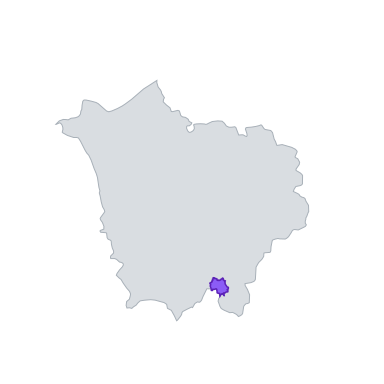 Krasnapolle, Mogilev, Belarus (highlighted), rotated 62°
{"feature_id": "67162791B52564132020414", "entity_name": "Krasnapolle", "entity_type": "district", "adm_level": 2, "iso_a3": "BLR", "parent_name": "Belarus", "parent_adm1": "Mogilev", "projection": "orthographic", "projection_center": [31.401, 53.272], "detail": "fine", "context": "in_parent", "style": "filled", "palette": "violet", "viewbox_px": 384, "rotation_deg": 62, "n_neighbors": 0, "source": "geoboundaries", "source_scale": "gbopen_adm2", "svg_char_len": 6503}
<svg xmlns="http://www.w3.org/2000/svg" viewBox="0 0 384 384"><g transform="rotate(62 192 192)"><path d="M298.5,266.0L293.1,265.7L286.8,265.8L283.2,268.3L279.3,267.1L276.6,268.5L270.2,275.3L267.7,279.0L265.3,284.6L263.8,288.8L264.5,291.8L265.7,294.5L265.9,297.5L266.5,299.8L264.9,301.5L263.9,303.9L261.2,303.4L258.0,301.1L257.3,297.7L254.8,295.3L253.2,294.1L250.4,293.8L246.0,294.8L240.3,295.5L235.9,295.7L233.5,296.8L230.0,297.9L228.7,296.4L226.8,292.6L225.4,288.7L224.3,287.0L223.4,286.5L222.2,286.6L220.8,287.7L219.8,288.9L216.1,290.2L214.5,291.5L212.6,295.0L211.5,294.7L210.3,293.8L209.1,289.9L207.2,288.9L204.2,288.7L200.4,287.7L197.5,286.4L196.3,286.6L194.4,288.2L192.5,288.4L188.2,286.7L187.4,287.3L184.7,291.5L183.5,291.6L182.9,291.1L183.4,287.3L181.0,285.9L176.8,285.4L173.8,285.8L172.4,285.6L171.7,284.8L168.5,278.3L166.6,277.8L163.1,277.9L158.2,276.8L152.5,275.0L149.3,274.3L147.8,272.8L144.2,272.0L134.9,268.7L131.0,267.9L125.3,267.4L116.6,266.1L111.0,265.9L108.3,266.6L105.2,266.8L94.8,266.6L91.0,266.9L89.8,268.1L88.3,270.9L83.6,275.4L79.1,278.3L78.3,278.5L76.0,276.5L74.1,275.7L71.7,275.3L70.0,275.6L68.8,276.3L68.5,280.2L68.3,280.5L66.9,275.8L67.5,271.6L68.8,269.4L70.2,267.4L70.1,264.2L71.7,260.1L72.1,257.0L71.7,255.7L70.9,254.0L68.4,252.1L67.4,250.6L63.9,248.4L60.6,245.8L60.1,244.4L60.4,243.5L61.2,242.2L64.4,238.4L67.8,234.8L69.8,233.4L80.4,229.4L82.1,227.8L82.8,224.8L83.3,218.7L83.3,213.1L82.9,209.2L81.8,201.8L78.3,186.4L77.0,170.6L78.8,171.7L83.4,172.6L87.2,171.9L89.2,172.0L90.8,172.5L95.8,172.1L96.8,173.6L98.9,175.1L103.3,173.7L107.3,171.9L111.2,172.5L111.9,171.5L113.3,166.1L114.6,165.1L119.2,166.0L121.1,165.2L123.1,162.7L126.0,161.2L128.3,161.4L130.9,159.7L131.9,161.1L132.3,163.4L131.4,165.1L131.6,165.9L133.2,166.9L136.1,167.1L138.0,166.5L138.5,165.5L138.6,163.6L138.3,161.9L137.2,160.2L135.0,159.3L133.5,159.1L133.3,158.2L134.0,156.1L135.7,152.5L137.7,149.2L138.8,148.0L139.1,146.8L139.1,144.7L139.3,141.0L141.3,135.9L143.6,132.2L146.5,131.1L149.8,130.7L152.1,129.0L153.3,126.9L154.5,123.6L155.6,123.0L163.6,124.0L165.1,120.7L165.8,119.8L167.4,118.9L168.6,117.8L168.2,116.9L166.2,116.1L161.5,115.3L160.6,114.1L161.0,112.8L162.5,109.4L164.0,105.1L164.9,101.6L165.1,99.6L165.8,99.1L169.7,98.7L171.1,98.1L174.7,93.6L177.3,93.0L183.8,94.6L186.8,94.6L190.6,95.2L190.9,94.7L192.5,90.1L199.4,83.0L202.9,80.6L205.1,80.1L205.9,80.3L209.2,84.4L210.0,84.6L212.3,83.0L216.3,83.0L218.1,84.5L220.6,89.4L221.9,90.0L225.9,87.5L228.1,86.7L229.5,86.7L236.7,90.7L237.2,91.9L237.2,93.3L235.9,97.7L237.4,100.4L239.1,102.3L243.0,99.4L244.4,98.6L245.9,98.6L248.0,97.5L249.5,95.9L250.9,95.3L253.6,95.7L258.5,95.4L264.2,98.2L264.6,99.0L267.4,102.1L268.4,103.7L269.4,104.2L270.9,105.7L272.9,106.7L274.3,106.4L275.0,106.9L275.6,108.1L275.6,110.2L275.4,116.0L273.3,119.0L273.0,120.1L273.1,121.4L274.7,123.9L276.8,127.8L277.3,130.1L277.3,131.8L274.4,136.8L273.4,137.9L272.7,140.4L272.3,142.9L272.5,143.9L277.4,147.9L281.0,150.1L281.8,151.1L281.8,151.8L279.9,156.1L279.7,157.2L282.6,159.0L284.2,161.8L285.6,166.3L288.4,170.7L298.8,177.0L299.7,178.2L300.0,179.5L299.7,182.5L297.8,188.2L299.6,189.0L304.2,188.8L309.8,189.4L316.6,193.4L316.6,195.2L316.0,196.8L316.5,198.5L317.2,200.0L323.1,204.4L323.7,205.7L323.9,207.9L323.7,209.5L322.1,209.8L320.3,210.6L317.4,212.6L316.3,215.3L311.5,219.1L308.6,220.9L306.2,221.0L300.6,220.2L298.6,218.4L297.8,216.7L295.6,216.0L292.7,215.9L288.8,216.2L288.0,216.7L287.3,218.8L285.6,222.3L284.4,224.3L289.5,231.4L292.0,234.3L292.8,236.1L292.8,237.3L291.6,238.8L291.8,241.8L294.3,245.8L293.4,246.4L293.2,251.2L293.2,256.4L293.9,257.6L295.3,258.7L296.4,260.6L298.3,264.9L298.5,266.0Z" fill="#d9dde1" stroke="#a8b0b8" stroke-width="1"/><path d="M288.0,221.1L288.2,220.8L288.4,220.6L288.5,220.2L288.0,220.0L287.7,219.6L287.7,219.1L288.0,218.9L288.3,218.6L288.4,218.2L288.4,217.9L288.6,217.6L288.7,217.1L288.7,216.8L288.7,216.3L288.9,216.1L289.1,215.9L289.8,215.9L290.4,216.2L291.1,216.4L291.9,216.7L292.4,217.0L292.9,217.1L293.4,216.7L293.6,216.5L293.9,216.1L294.2,215.7L294.5,215.4L294.7,215.2L295.1,215.4L295.7,215.7L296.4,216.1L297.2,216.3L297.0,215.9L296.8,215.6L296.6,215.3L296.3,215.0L296.2,214.8L296.1,214.4L296.1,214.1L296.2,213.8L296.3,213.6L296.2,213.3L295.9,213.2L296.0,212.8L296.1,212.7L296.3,212.6L296.5,212.6L296.9,212.6L297.1,212.6L297.4,212.5L297.8,212.5L298.1,212.5L298.3,212.5L298.5,212.4L298.6,212.2L298.3,212.1L298.1,212.0L297.7,211.9L297.2,211.7L296.7,211.6L296.4,211.5L296.2,211.4L296.0,211.1L296.2,210.9L296.4,210.7L296.6,210.6L296.6,210.3L296.6,210.1L296.6,209.9L296.5,209.7L296.5,209.3L296.4,209.1L296.3,208.9L296.4,208.7L296.5,208.2L296.5,207.9L296.7,207.7L296.8,207.6L297.0,207.4L296.9,207.2L296.7,207.0L296.5,206.9L296.3,206.8L296.1,206.7L295.7,206.5L295.4,206.6L295.2,206.6L294.9,206.7L294.8,206.8L294.7,206.6L294.6,206.4L294.6,206.2L294.7,205.7L294.6,205.4L294.3,205.3L294.2,205.2L293.9,205.0L293.7,204.9L293.4,204.7L293.2,204.7L293.0,204.8L292.9,205.0L292.7,205.1L292.5,205.3L292.4,205.4L292.2,205.6L291.9,205.6L291.7,205.6L291.1,205.7L290.7,205.7L290.3,205.8L289.9,205.8L289.7,205.8L289.4,205.9L289.1,205.9L288.8,205.8L288.7,205.8L288.2,205.7L287.9,205.5L287.8,205.4L287.6,205.3L287.3,205.3L287.2,205.3L286.7,205.3L286.3,205.2L286.2,204.9L286.3,204.6L286.3,204.4L286.2,204.3L285.9,204.4L285.8,204.5L285.6,204.9L285.5,205.0L285.4,205.1L285.1,205.3L284.9,205.3L284.6,205.3L284.3,205.6L284.1,205.7L283.9,205.6L283.7,205.2L283.4,205.1L283.1,205.1L282.8,205.1L282.6,205.2L282.4,205.3L282.4,205.7L282.4,205.8L282.5,206.0L282.7,206.4L282.7,206.7L282.6,206.9L282.6,207.0L282.6,207.4L282.8,207.6L283.0,207.7L283.0,208.0L283.0,208.5L283.1,208.8L283.1,209.0L282.9,209.2L282.7,209.3L282.4,209.5L282.5,209.8L282.6,210.0L282.4,210.2L282.2,210.3L282.1,210.5L282.0,210.8L282.0,211.0L281.8,211.1L281.7,211.2L281.4,211.2L281.1,211.1L280.9,210.9L280.7,210.8L280.4,210.8L280.3,211.0L280.2,211.1L280.0,211.3L279.8,211.5L279.6,211.5L279.4,211.6L279.2,211.9L279.3,212.1L279.3,212.3L279.1,212.6L278.9,212.6L278.5,212.6L278.2,212.6L277.9,213.0L277.7,213.4L277.7,213.5L278.1,213.5L278.4,213.7L278.7,214.0L278.7,214.3L278.5,214.6L278.6,214.9L279.0,214.9L279.4,215.0L279.7,215.1L279.8,215.3L279.7,215.8L279.8,216.0L280.1,216.0L280.4,216.2L280.4,216.5L280.4,216.8L280.6,216.9L281.0,217.0L281.0,217.8L280.7,218.2L280.7,218.6L280.9,219.0L281.2,219.1L281.4,219.2L281.5,219.2L282.2,219.0L282.6,219.0L282.9,219.2L283.0,219.5L283.4,220.0L284.3,220.2L285.4,220.3L286.1,220.5L286.9,220.7L287.5,221.0L288.0,221.1Z" fill="#8b5cf6" stroke="#5b21b6" stroke-width="1.5"/></g></svg>